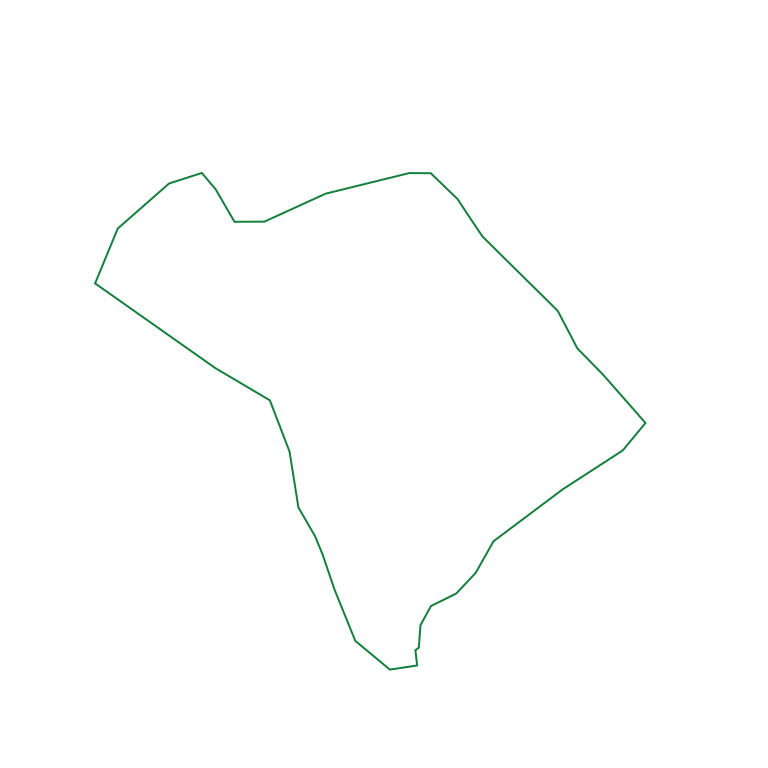 outline of Abyei, South Kordufan, Sudan, rotated 156°
{"feature_id": "16777658B55499418827559", "entity_name": "Abyei", "entity_type": "district", "adm_level": 2, "iso_a3": "SDN", "parent_name": "Sudan", "parent_adm1": "South Kordufan", "projection": "robinson", "projection_center": [27.441, 10.846], "detail": "fine", "context": "isolated", "style": "outline", "palette": "green", "viewbox_px": 768, "rotation_deg": 156, "n_neighbors": 0, "source": "geoboundaries", "source_scale": "gbopen_adm2", "svg_char_len": 2374}
<svg xmlns="http://www.w3.org/2000/svg" viewBox="0 0 768 768"><g transform="rotate(156 384 384)"><path d="M164.1,252.2L164.8,254.4L164.9,254.7L165.6,257.0L166.1,258.5L167.1,261.7L167.1,261.8L169.1,268.3L169.8,270.6L170.3,271.9L170.5,272.8L170.6,273.2L170.9,274.1L171.0,274.3L171.2,275.0L171.7,276.6L171.8,277.0L172.2,278.1L172.8,280.0L173.6,282.6L173.9,283.7L174.5,285.6L175.4,288.5L175.8,289.6L176.2,290.9L176.4,291.6L176.5,291.8L176.9,293.2L177.0,293.6L177.7,295.6L177.8,296.2L178.2,297.3L178.7,299.0L179.5,301.5L179.8,302.4L179.9,302.7L180.1,303.3L180.2,303.7L180.3,303.9L180.7,305.1L180.8,305.5L181.2,306.4L182.0,308.6L182.1,308.9L182.3,309.4L182.8,310.6L182.9,310.9L183.1,311.6L183.5,312.6L184.1,314.2L184.6,315.5L185.5,317.9L186.6,321.1L186.8,321.4L188.1,325.0L188.8,327.0L189.0,327.3L190.3,330.9L190.8,332.3L191.3,333.6L192.9,337.9L192.9,338.1L193.3,344.2L193.5,347.7L193.7,351.9L193.8,353.3L194.0,356.1L194.5,363.9L194.6,365.4L194.9,370.3L195.3,376.8L195.5,380.0L195.9,381.0L202.0,396.8L212.1,422.4L212.4,423.2L213.5,426.1L218.3,438.3L234.0,478.6L235.3,485.8L236.1,490.6L236.6,493.5L237.0,495.8L237.5,498.6L239.0,507.3L239.2,508.7L239.3,509.3L240.7,517.6L241.4,521.8L241.6,522.7L241.7,523.5L242.1,524.4L242.7,525.8L242.9,526.4L243.3,527.3L243.6,528.0L243.9,528.7L244.0,529.0L244.2,529.4L244.3,529.8L244.5,530.3L244.8,531.0L245.3,532.2L245.4,532.5L245.6,532.9L245.7,533.2L245.8,533.5L246.1,534.2L246.2,534.4L246.4,535.0L246.8,535.8L247.0,536.4L247.1,536.8L247.4,537.4L247.7,538.2L248.1,539.1L248.2,539.5L248.3,539.8L248.6,540.5L249.1,541.6L250.0,543.9L250.7,545.7L250.9,546.1L251.4,547.2L251.5,547.5L252.1,549.0L252.2,549.3L253.2,551.9L253.6,552.6L253.9,553.6L254.1,553.9L254.5,554.9L254.8,555.7L255.1,556.5L255.3,556.9L255.5,557.5L275.1,566.4L359.8,581.6L427.3,581.0L454.6,593.0L458.6,630.3L464.6,650.9L498.8,654.6L564.0,634.3L607.0,593.4L531.6,467.1L494.9,415.5L497.8,360.6L512.4,306.0L509.9,282.4L508.9,273.1L509.4,253.7L512.8,216.7L514.7,161.0L494.8,120.7L468.2,113.4L465.7,121.3L463.6,128.0L459.4,129.0L456.2,135.0L448.8,148.8L431.3,162.1L403.2,163.2L377.0,174.2L347.9,195.8L263.6,215.1L200.6,225.0L192.7,226.3L161.1,242.0L161.1,242.4L161.4,243.2L161.4,243.3L161.5,243.7L161.7,244.1L162.2,245.8L162.3,246.2L162.9,248.2L163.1,248.7L163.4,249.8L163.5,250.0L163.9,251.2L164.0,251.7L164.1,251.9L164.1,252.2Z" fill="none" stroke="#15803d" stroke-width="2"/></g></svg>